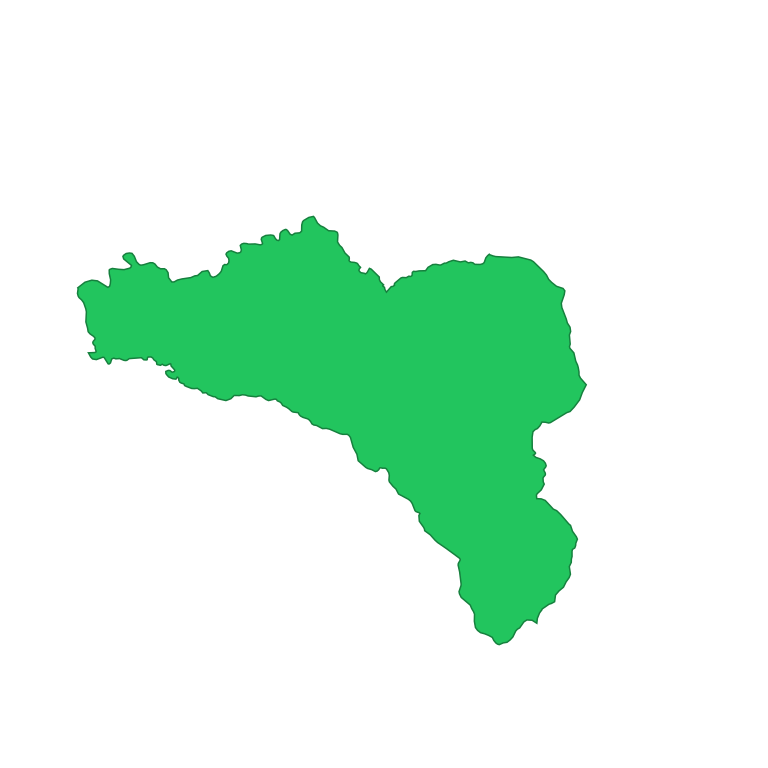 Bongo, Chhukha, Bhutan, rotated 137°
{"feature_id": "84629894B25129658957997", "entity_name": "Bongo", "entity_type": "district", "adm_level": 2, "iso_a3": "BTN", "parent_name": "Bhutan", "parent_adm1": "Chhukha", "projection": "robinson", "projection_center": [89.655, 26.924], "detail": "fine", "context": "isolated", "style": "filled", "palette": "green", "viewbox_px": 768, "rotation_deg": 137, "n_neighbors": 0, "source": "geoboundaries", "source_scale": "gbopen_adm2", "svg_char_len": 6171}
<svg xmlns="http://www.w3.org/2000/svg" viewBox="0 0 768 768"><g transform="rotate(137 384 384)"><path d="M236.6,245.5L236.3,254.3L235.4,257.4L233.1,259.9L230.7,263.6L229.5,265.9L228.2,269.9L223.9,277.3L223.7,283.4L222.8,284.9L220.6,286.2L215.0,293.4L211.7,295.1L209.2,298.7L208.3,303.6L206.4,307.2L201.8,318.6L199.3,322.1L191.3,326.4L188.2,328.8L187.9,331.8L191.2,337.8L192.1,343.9L192.2,348.2L190.9,352.8L190.6,357.4L191.3,371.5L192.1,374.5L199.0,385.3L204.3,389.4L215.4,401.0L216.9,403.3L218.5,406.4L218.5,407.1L220.7,407.2L223.5,406.8L227.9,404.5L229.8,404.6L232.1,405.8L236.0,409.6L236.3,412.0L237.6,413.8L239.7,415.1L240.8,418.6L244.9,421.2L248.9,427.2L253.2,429.2L256.1,430.0L257.4,431.2L261.3,432.3L262.3,433.2L264.4,436.1L266.9,438.1L272.2,439.3L276.3,438.5L281.2,442.8L284.0,444.6L285.6,446.3L287.2,446.3L289.4,444.3L290.5,444.2L291.3,444.6L292.3,445.9L295.2,446.6L297.8,449.3L299.3,450.0L307.1,450.4L308.4,450.0L309.0,449.0L310.9,449.3L312.3,450.3L319.6,449.5L318.9,452.5L317.7,454.4L318.1,456.2L317.7,456.9L316.7,456.8L316.9,461.2L316.2,463.5L314.5,465.5L315.0,476.7L315.8,478.5L320.4,477.0L322.5,477.2L322.9,478.4L324.8,480.9L325.1,481.7L325.0,484.0L323.9,484.9L321.6,485.3L321.7,487.8L321.3,489.6L321.4,490.9L322.7,493.1L325.0,495.6L325.5,497.0L325.4,498.1L323.9,499.3L322.9,500.6L323.2,506.5L321.7,512.4L321.9,515.7L321.1,519.6L316.1,524.4L315.0,526.1L314.8,527.0L315.8,529.5L320.0,533.9L321.2,539.8L322.6,543.1L322.9,547.0L321.3,553.2L321.3,554.7L325.4,557.1L331.4,558.4L333.0,558.1L335.7,556.4L340.0,552.0L342.5,552.0L346.3,555.0L349.7,555.6L350.5,557.7L349.9,561.5L350.0,563.4L350.7,564.3L353.3,565.2L355.9,565.4L357.6,564.8L361.9,560.8L363.4,560.9L364.3,562.4L364.2,564.6L363.5,567.5L363.7,568.3L365.3,570.3L369.2,573.3L372.9,574.4L373.9,574.3L375.2,573.4L376.8,569.9L377.2,569.4L378.2,569.5L379.5,570.0L382.7,574.3L387.6,578.6L388.7,580.4L390.6,582.5L392.6,583.4L394.6,583.4L396.9,579.3L398.6,578.3L400.0,578.4L402.1,579.8L404.9,585.6L407.0,586.9L409.6,587.2L411.0,586.7L411.7,584.8L411.9,582.0L413.0,580.2L414.9,578.6L417.2,578.4L417.9,578.7L419.1,580.1L421.1,580.3L426.2,577.4L429.1,577.0L433.1,577.2L436.4,578.7L437.2,581.5L436.0,584.4L435.5,587.1L440.3,590.3L446.4,590.5L448.6,592.1L452.8,593.6L460.2,598.7L464.2,600.9L467.9,601.8L469.6,603.3L469.1,608.6L466.0,612.7L465.4,616.1L466.0,618.1L468.8,620.6L470.0,624.1L469.7,628.0L470.4,630.3L472.3,632.2L478.7,635.3L480.9,636.8L481.6,638.6L481.6,642.3L479.5,647.7L479.2,651.4L480.8,653.4L483.6,655.3L486.6,655.7L487.9,655.4L489.1,653.0L487.8,643.0L489.2,642.1L490.9,642.1L496.1,644.9L499.8,648.8L503.9,653.8L506.2,654.8L507.2,654.8L509.7,652.0L512.9,646.6L515.9,643.9L518.0,642.6L520.0,642.9L523.2,654.8L526.9,659.2L533.3,662.4L542.4,663.2L542.7,662.3L546.4,659.3L547.7,656.9L548.1,655.1L547.8,651.7L548.2,648.3L550.9,642.2L552.5,639.7L559.7,632.7L562.7,627.0L564.7,624.0L564.8,621.1L563.9,616.9L564.0,614.7L565.0,613.8L567.7,613.5L568.9,612.7L569.4,611.4L569.5,608.5L571.0,607.0L572.2,604.3L572.7,603.9L574.1,604.3L578.9,608.4L580.1,603.8L580.1,601.1L577.7,598.0L571.3,595.3L570.6,594.3L572.0,586.9L571.7,586.4L571.1,586.0L569.6,586.0L566.0,588.0L563.9,587.2L563.2,585.6L561.1,583.7L560.3,583.4L558.0,578.6L556.9,577.3L555.9,576.7L553.0,576.3L543.5,568.7L543.1,565.4L541.2,563.5L540.6,563.3L539.3,564.4L538.1,564.6L535.9,562.6L535.4,560.7L535.8,558.7L535.2,555.6L536.7,553.3L536.5,552.7L534.7,550.1L532.7,549.7L532.2,547.9L531.3,546.6L530.5,546.0L526.6,544.7L526.3,544.0L527.4,542.4L527.5,537.4L527.7,536.7L528.4,536.2L529.1,536.2L530.9,537.1L531.4,539.9L532.5,541.1L535.0,542.0L536.3,540.5L536.6,539.4L536.7,536.0L535.0,532.0L532.9,529.5L532.1,529.5L530.7,530.1L530.2,529.6L530.3,528.0L531.4,526.9L532.1,524.6L531.7,523.1L530.4,520.7L530.3,520.2L530.9,518.9L530.2,517.0L527.7,511.9L525.9,510.0L523.4,508.1L522.4,503.6L522.6,501.0L520.1,499.0L519.9,498.4L519.9,496.2L517.5,491.2L516.2,489.8L515.6,486.6L510.9,479.7L506.1,477.7L501.4,477.8L497.7,474.2L494.9,472.7L492.8,470.3L491.6,468.0L486.3,461.9L483.9,460.7L482.0,459.1L480.9,453.3L479.7,450.6L474.4,447.6L473.4,446.6L473.2,445.9L473.5,444.5L472.3,441.6L472.2,440.0L472.7,437.4L471.1,433.5L470.5,430.9L470.1,426.8L469.6,425.5L466.3,421.5L466.9,419.5L466.9,417.5L466.0,414.8L463.6,410.6L463.2,408.8L463.3,406.5L463.9,404.0L463.3,401.9L461.6,399.7L459.4,393.3L456.5,390.9L454.6,388.1L450.0,377.5L448.4,375.2L445.2,372.3L444.7,370.4L445.0,367.8L449.7,358.7L451.7,351.1L455.2,345.5L454.2,335.5L453.6,333.4L451.4,329.7L450.0,325.8L448.5,325.0L446.3,324.9L444.4,325.5L443.8,325.2L442.4,323.3L440.6,321.7L440.1,320.3L441.0,315.9L442.5,313.5L445.9,310.4L446.8,308.8L447.2,303.0L446.9,299.0L448.4,293.6L444.8,283.1L444.4,280.2L444.9,277.3L447.7,270.2L447.6,268.8L446.0,265.6L446.0,264.8L448.2,264.0L451.8,259.5L452.7,252.6L453.2,250.6L454.3,248.9L453.0,242.1L453.2,235.0L452.9,231.5L450.6,221.1L447.6,205.1L447.9,203.7L448.5,203.2L452.0,202.1L453.3,201.0L456.9,194.9L464.1,185.0L465.4,183.9L470.7,181.0L471.9,179.1L473.1,175.2L471.7,163.5L473.0,160.0L473.8,156.3L474.8,153.9L479.7,148.9L483.2,143.5L483.6,140.0L483.0,136.3L480.7,132.6L478.9,128.7L477.6,124.8L478.6,121.5L478.8,118.2L478.4,116.4L477.5,114.8L473.3,113.3L470.2,111.2L466.2,110.8L462.3,111.1L456.1,113.5L453.7,113.7L451.1,113.1L444.0,114.6L440.4,114.0L436.8,110.2L435.4,104.8L431.7,108.0L426.3,110.5L422.7,111.1L421.7,111.6L413.5,110.4L411.2,109.3L407.7,108.4L402.5,112.7L397.1,113.3L391.3,113.0L385.7,115.1L380.7,116.1L377.4,117.7L373.0,124.1L368.7,125.8L366.3,128.2L364.1,129.6L360.6,133.4L359.0,134.5L356.3,134.0L354.1,135.1L352.2,136.8L348.4,138.6L347.5,141.1L346.6,147.7L344.0,153.4L344.3,155.6L343.8,168.0L344.1,173.6L345.5,177.0L345.5,188.9L347.3,192.7L350.5,196.0L348.2,198.9L346.7,199.3L341.2,199.3L335.1,201.5L334.3,203.8L332.0,206.6L331.0,207.1L328.3,207.4L327.4,208.0L326.8,208.9L325.8,212.4L322.1,213.1L321.1,213.7L320.0,216.0L319.7,219.0L320.8,222.7L323.0,226.8L323.3,230.1L321.3,229.8L320.3,230.1L320.1,231.0L320.2,234.2L319.4,235.9L312.0,244.0L307.6,247.5L304.6,247.6L302.2,246.8L298.7,247.1L294.4,248.4L292.0,245.9L290.2,243.2L288.7,242.3L269.8,238.4L266.7,237.0L260.7,237.4L251.7,239.0L244.8,242.5L236.6,245.5Z" fill="#22c55e" stroke="#15803d" stroke-width="1.5"/></g></svg>